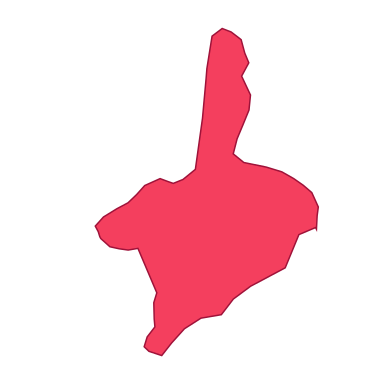 outline of Gimpo-si, Gyeonggi, South Korea, rotated 242°
{"feature_id": "91817680B93241302453804", "entity_name": "Gimpo-si", "entity_type": "district", "adm_level": 2, "iso_a3": "KOR", "parent_name": "South Korea", "parent_adm1": "Gyeonggi", "projection": "mercator", "projection_center": [126.643, 37.677], "detail": "fine", "context": "isolated", "style": "filled", "palette": "rose", "viewbox_px": 384, "rotation_deg": 242, "n_neighbors": 0, "source": "geoboundaries", "source_scale": "gbopen_adm2", "svg_char_len": 937}
<svg xmlns="http://www.w3.org/2000/svg" viewBox="0 0 384 384"><g transform="rotate(242 192 192)"><path d="M100.7,284.4L112.2,291.3L119.5,296.5L121.2,296.6L135.2,297.5L145.7,293.4L156.1,288.1L167.6,280.8L179.1,269.3L193.7,251.6L206.3,246.3L217.8,256.8L227.2,268.3L237.6,280.8L250.2,289.2L250.9,289.2L271.0,290.2L279.4,302.8L289.9,303.8L303.4,306.9L305.3,306.1L314.9,301.7L322.2,295.4L320.7,286.1L320.2,282.9L294.0,263.1L285.7,257.8L252.2,235.9L210.4,205.6L207.3,189.9L208.4,179.5L212.5,175.7L218.8,170.1L219.9,153.3L215.7,141.8L212.5,130.4L212.5,117.8L211.5,102.1L207.3,90.6L202.1,90.6L201.0,90.6L195.8,89.6L193.7,89.6L182.2,93.8L176.0,101.1L170.7,108.4L167.6,117.8L119.5,113.6L112.2,106.3L97.6,99.0L90.3,95.9L85.1,84.4L77.8,77.1L71.5,79.2L61.8,88.5L68.3,103.2L74.8,121.1L76.4,140.7L69.9,160.3L78.1,178.3L81.3,199.5L81.3,220.7L81.3,238.7L104.2,266.4L102.6,284.4L100.7,284.4Z" fill="#f43f5e" stroke="#9f1239" stroke-width="1.5"/></g></svg>